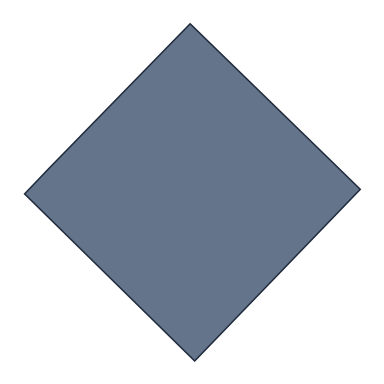 Callahan, Texas, United States of America, rotated 134°
{"feature_id": "52423323B72764612751760", "entity_name": "Callahan", "entity_type": "district", "adm_level": 2, "iso_a3": "USA", "parent_name": "United States of America", "parent_adm1": "Texas", "projection": "mercator", "projection_center": [-99.443, 32.297], "detail": "fine", "context": "isolated", "style": "filled", "palette": "slate", "viewbox_px": 384, "rotation_deg": 134, "n_neighbors": 0, "source": "geoboundaries", "source_scale": "gbopen_adm2", "svg_char_len": 258}
<svg xmlns="http://www.w3.org/2000/svg" viewBox="0 0 384 384"><g transform="rotate(134 192 192)"><path d="M81.3,72.8L73.2,72.8L73.0,115.5L72.3,310.2L273.9,311.3L309.7,311.1L311.7,72.7L81.3,72.8Z" fill="#64748b" stroke="#1e293b" stroke-width="1.5"/></g></svg>